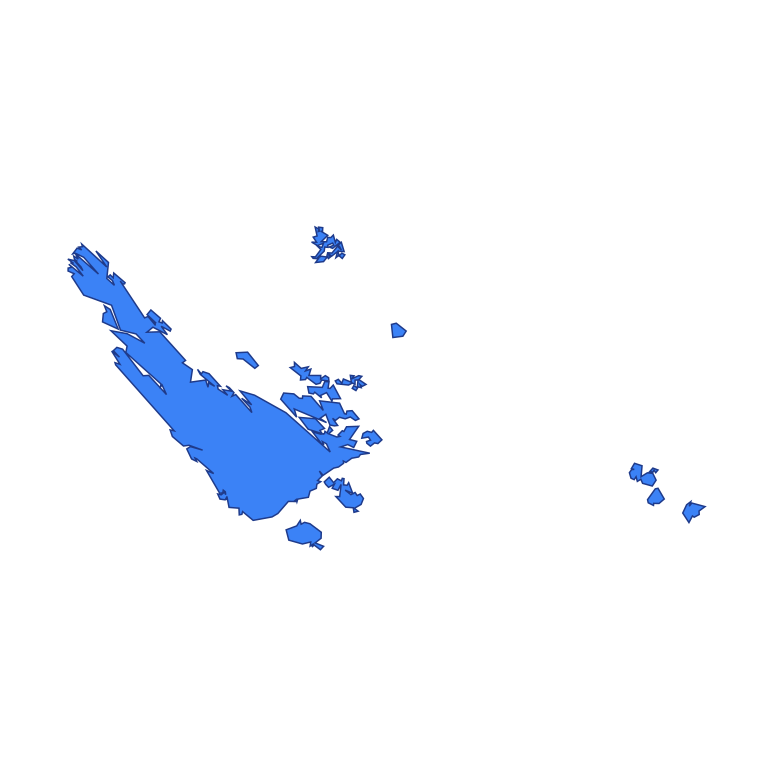 the district of Frøya nor, Sør-Trøndelag, Norway, rotated 63°
{"feature_id": "86288312B66000336849668", "entity_name": "Frøya nor", "entity_type": "district", "adm_level": 2, "iso_a3": "NOR", "parent_name": "Norway", "parent_adm1": "Sør-Trøndelag", "projection": "albers", "projection_center": [8.677, 63.836], "detail": "fine", "context": "isolated", "style": "filled", "palette": "blue", "viewbox_px": 768, "rotation_deg": 63, "n_neighbors": 0, "source": "geoboundaries", "source_scale": "gbopen_adm2", "svg_char_len": 6173}
<svg xmlns="http://www.w3.org/2000/svg" viewBox="0 0 768 768"><g transform="rotate(63 384 384)"><path d="M417.8,439.9L410.2,425.8L405.1,436.8L408.1,441.3L406.7,442.4L408.6,448.1L410.7,447.0L409.8,450.1L403.2,456.0L402.0,450.8L397.2,451.8L401.8,456.8L399.4,458.1L401.2,459.6L400.0,463.1L394.3,469.4L408.5,466.9L410.1,465.3L407.4,465.0L411.2,462.4L420.2,462.8L365.1,484.4L335.2,504.4L324.8,515.4L342.5,511.4L332.1,517.3L343.7,513.9L349.5,514.7L326.1,520.9L325.9,525.1L323.6,521.6L317.0,523.5L313.9,525.6L321.3,523.0L315.9,530.2L323.1,528.4L313.3,534.1L309.9,533.2L311.7,530.8L295.4,535.2L290.8,539.7L292.1,542.2L286.3,543.5L292.1,543.3L309.2,535.9L303.4,539.8L307.0,542.3L299.5,541.1L294.5,555.6L284.2,548.2L273.6,554.0L272.9,550.1L235.7,560.1L230.2,571.8L228.5,564.1L241.7,554.6L231.4,556.3L239.8,550.5L238.4,548.8L227.0,552.6L228.9,554.0L226.4,556.3L224.0,553.3L212.2,558.1L214.6,563.6L226.4,559.4L224.7,560.6L228.1,561.0L216.7,563.6L216.4,567.3L172.5,572.3L176.2,571.4L177.0,569.7L176.2,568.7L162.4,574.4L166.5,577.1L162.5,578.4L163.2,581.4L168.5,579.0L173.7,579.4L164.2,583.1L150.6,574.3L134.7,580.3L153.9,577.9L122.1,589.8L124.8,590.3L123.5,593.7L127.3,592.5L123.6,595.7L126.7,602.2L127.4,599.6L134.8,594.0L156.4,588.5L128.1,599.8L133.9,599.7L129.2,602.4L132.6,603.2L135.5,601.5L134.4,603.0L142.2,600.8L146.3,600.8L133.5,603.9L129.2,609.0L135.6,605.8L133.5,608.3L140.0,605.1L151.4,603.0L134.2,610.5L138.3,609.2L137.3,612.8L139.9,614.2L145.1,610.0L146.5,613.5L168.5,611.2L190.1,591.0L216.4,594.3L226.8,582.2L239.1,578.6L222.6,590.0L212.6,603.1L233.6,595.7L238.7,599.7L282.7,582.7L285.1,584.4L284.2,582.2L294.7,582.6L269.5,589.7L267.3,594.9L234.3,601.1L230.1,605.4L231.4,610.0L240.0,607.5L231.0,611.7L246.6,610.3L242.9,614.0L245.1,614.4L330.5,592.2L327.8,595.4L334.7,596.4L348.2,590.8L350.1,585.5L360.6,575.6L351.9,584.9L352.3,589.2L363.4,589.5L368.0,586.0L364.2,586.0L365.7,584.8L386.5,576.4L380.5,581.4L406.7,580.0L407.8,577.0L405.6,575.4L408.0,574.3L410.8,575.3L408.0,575.2L408.8,579.4L406.5,582.1L412.1,582.4L415.1,578.1L413.8,576.1L416.0,576.7L412.8,575.0L423.6,578.1L428.8,569.6L434.9,572.4L435.6,569.8L433.5,567.9L446.1,562.5L451.6,544.1L451.2,537.4L445.2,522.5L448.9,515.5L447.5,516.7L447.1,514.6L449.5,515.1L447.4,513.1L450.6,502.8L445.8,498.5L446.3,491.7L442.8,489.3L442.3,484.7L439.9,487.0L437.9,480.9L432.2,481.1L437.7,479.7L436.1,467.0L437.3,462.2L436.3,456.0L434.2,455.2L436.6,453.5L435.5,446.4L437.5,439.7L436.1,437.0L439.2,428.1L420.4,451.2L421.5,443.8L426.8,439.8L422.7,434.3L417.8,439.9ZM403.7,422.1L393.3,424.5L391.3,429.3L393.7,431.4L392.5,432.7L380.9,432.3L369.8,449.0L380.0,450.1L361.9,454.6L357.7,461.9L359.8,463.2L358.2,466.0L351.9,468.8L346.5,477.5L350.6,482.9L373.9,476.9L365.5,475.3L392.3,452.7L385.6,456.6L384.6,449.6L396.0,450.8L398.8,447.2L399.9,444.1L391.2,445.4L394.4,443.8L393.4,438.8L397.4,434.4L398.1,429.0L403.5,426.0L403.7,422.1ZM487.6,507.2L474.9,513.4L471.2,517.6L471.3,521.5L467.5,520.5L470.8,526.2L469.5,537.4L479.9,539.7L489.5,529.3L491.5,521.0L494.9,523.4L494.4,519.0L496.6,522.2L495.7,519.4L502.8,515.9L501.2,511.5L494.3,517.5L492.9,510.1L487.6,507.2ZM476.7,454.3L471.2,455.1L471.2,458.5L467.5,459.0L467.6,463.7L460.9,466.8L467.1,461.5L455.9,460.3L457.5,462.9L455.5,465.8L450.2,462.6L449.1,464.0L450.9,465.9L447.3,468.6L449.0,473.7L442.2,475.1L444.1,481.7L447.0,481.5L450.9,480.3L450.7,473.6L453.4,477.5L457.8,473.3L454.0,467.8L464.2,474.6L462.4,478.0L476.4,474.0L480.3,467.6L484.7,469.0L485.6,464.8L481.3,466.9L480.9,459.1L476.7,454.3ZM247.9,359.4L238.4,357.7L239.5,361.8L241.6,361.2L245.4,361.2L240.1,362.8L243.7,370.9L241.5,374.6L244.8,377.4L241.6,382.0L241.6,387.1L238.5,377.0L235.1,374.6L236.8,371.9L234.8,371.2L235.1,365.8L237.5,365.8L237.1,370.6L239.8,368.2L237.8,358.7L233.7,360.5L235.8,363.1L228.3,361.5L229.4,364.9L227.8,367.6L231.2,370.6L228.7,375.3L226.0,366.6L219.1,370.9L220.3,369.6L216.9,367.6L214.6,371.0L218.6,372.0L218.3,373.4L216.3,371.7L212.9,374.1L221.7,376.4L221.0,380.4L227.1,379.7L224.7,384.1L230.5,380.4L231.1,374.0L234.1,377.3L231.1,380.7L235.5,379.2L239.6,387.4L237.8,390.5L239.9,390.1L242.6,385.7L244.7,389.8L247.5,382.3L244.9,376.6L247.0,376.6L246.3,373.2L244.9,374.9L243.2,374.2L246.3,372.5L244.9,365.1L249.6,369.5L248.9,366.0L253.2,364.2L251.1,360.2L248.3,362.2L249.4,365.7L244.8,364.8L247.9,359.4ZM585.0,178.9L581.0,182.6L582.7,187.1L583.8,185.4L585.1,185.9L582.7,189.7L583.3,197.0L574.0,191.2L568.4,196.8L571.7,202.0L573.7,199.8L572.7,202.2L574.4,205.6L580.1,206.7L582.8,204.5L581.1,201.5L585.8,202.5L585.5,198.4L589.9,198.7L596.7,191.3L593.2,185.2L585.1,185.1L583.4,182.6L586.4,182.2L585.0,178.9ZM356.3,431.7L353.2,430.5L349.9,432.5L350.7,438.2L347.7,436.5L342.3,447.0L337.5,442.4L336.7,448.0L334.3,443.7L332.5,450.7L324.1,454.0L327.8,455.8L326.8,460.1L339.1,454.4L342.5,456.6L344.4,451.9L343.1,449.8L353.4,444.7L354.3,440.7L352.2,437.8L356.3,431.7ZM377.3,429.4L361.9,429.7L363.5,434.1L362.3,435.7L357.1,432.0L354.9,435.6L359.0,440.5L351.7,453.2L358.0,455.0L360.8,451.4L359.9,449.4L368.0,445.9L365.4,445.7L365.6,439.1L375.6,438.2L373.9,436.6L377.3,429.4ZM639.0,153.6L629.8,163.8L631.5,167.5L628.1,164.1L629.0,169.2L634.6,176.4L645.9,175.2L641.6,169.1L643.5,168.1L643.4,162.4L640.2,161.0L639.0,153.6ZM396.6,457.2L383.8,460.9L375.3,474.7L389.9,472.1L400.2,461.6L396.2,462.2L396.6,457.2ZM310.5,487.6L293.7,491.1L289.0,501.6L294.8,503.2L297.8,498.2L311.4,492.0L310.5,487.6ZM193.3,594.1L187.3,597.6L193.8,598.2L193.8,602.1L200.9,606.6L214.4,595.9L193.3,594.1ZM432.8,411.2L420.5,414.5L421.5,417.0L418.5,420.4L418.6,425.1L422.2,428.4L424.2,422.0L427.9,421.5L427.3,425.7L429.0,426.2L433.2,424.3L432.2,419.2L434.3,416.5L432.8,411.2ZM367.1,400.3L365.1,402.7L364.8,410.4L363.1,407.0L361.0,410.1L367.6,412.3L361.1,417.9L364.1,421.2L359.1,422.6L359.1,426.0L362.5,425.8L368.8,416.1L368.8,411.7L371.2,410.0L367.4,408.0L368.6,405.3L375.1,409.5L371.8,411.7L373.5,414.3L377.1,412.0L374.9,408.3L376.9,406.0L373.8,405.6L376.2,404.6L376.2,400.2L368.6,404.4L367.1,400.3ZM613.7,186.5L601.3,187.2L600.6,189.9L606.7,201.7L609.8,202.5L614.5,199.0L612.8,197.9L615.3,193.2L613.7,186.5ZM346.9,340.2L335.4,345.5L334.3,350.3L346.6,355.0L350.0,345.5L346.9,340.2Z" fill="#3b82f6" stroke="#1e3a8a" stroke-width="1.5"/></g></svg>